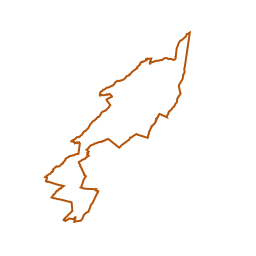 the district of Tepatlaxco de Hidalgo, Puebla, Mexico, rotated 53°
{"feature_id": "50627088B11175343650658", "entity_name": "Tepatlaxco de Hidalgo", "entity_type": "district", "adm_level": 2, "iso_a3": "MEX", "parent_name": "Mexico", "parent_adm1": "Puebla", "projection": "robinson", "projection_center": [-98.003, 19.146], "detail": "fine", "context": "isolated", "style": "outline", "palette": "amber", "viewbox_px": 256, "rotation_deg": 53, "n_neighbors": 0, "source": "geoboundaries", "source_scale": "gbopen_adm2", "svg_char_len": 5889}
<svg xmlns="http://www.w3.org/2000/svg" viewBox="0 0 256 256"><g transform="rotate(53 128 128)"><path d="M132.1,65.2L130.0,64.5L125.0,62.1L124.0,60.6L123.3,58.7L122.8,57.8L122.0,55.4L120.3,53.2L118.7,52.1L118.5,50.8L117.7,49.7L117.2,48.9L114.8,47.7L113.2,45.7L89.0,21.2L88.7,24.0L88.4,24.7L89.2,25.6L89.7,27.0L90.1,31.3L90.1,32.3L89.7,33.8L90.5,36.0L90.9,36.9L92.2,38.4L92.6,39.4L93.9,41.4L99.5,46.7L99.7,47.2L100.3,47.3L100.5,47.7L101.1,48.1L101.5,49.4L101.1,50.6L99.8,51.5L99.3,51.6L98.7,52.1L97.7,53.4L97.3,54.2L95.6,54.9L95.1,55.3L94.5,56.3L94.2,57.2L94.2,59.0L94.3,59.5L94.0,60.1L93.1,61.5L93.1,62.2L92.6,63.1L91.1,65.4L90.7,66.8L90.7,67.5L90.3,68.6L89.6,69.2L89.5,70.2L90.0,71.3L90.0,71.7L89.7,71.8L89.3,71.6L88.1,70.1L86.8,67.8L86.6,67.6L86.4,68.0L86.6,68.6L85.7,68.8L85.0,70.2L84.3,70.5L84.1,71.3L83.8,71.5L83.7,71.9L83.7,72.1L84.1,72.4L84.9,72.4L84.7,73.8L84.4,75.1L84.0,75.8L84.1,76.3L83.7,76.6L83.8,76.8L83.6,77.4L83.6,77.7L83.5,77.8L83.4,78.5L83.5,79.1L84.1,79.5L84.6,80.3L84.5,80.5L84.6,80.9L84.6,81.2L84.8,82.1L84.8,83.0L84.9,83.9L85.3,84.7L85.7,84.7L85.6,90.9L86.5,94.4L86.1,94.8L86.6,95.4L86.2,96.5L86.0,97.5L85.7,98.1L86.5,99.8L86.6,101.0L86.5,103.1L85.6,105.6L85.4,106.4L85.0,106.9L84.4,107.3L84.1,107.9L83.9,109.1L83.8,109.9L84.0,110.5L84.1,111.7L84.4,112.0L84.7,112.7L85.0,114.7L84.9,115.1L84.5,115.5L84.2,117.4L84.2,118.1L84.1,118.8L83.4,119.9L83.2,120.5L83.0,121.8L83.1,123.6L82.6,124.6L82.5,125.0L82.9,125.9L82.9,126.5L82.6,128.1L83.0,128.5L83.1,128.8L83.4,129.2L84.4,130.3L84.6,130.7L85.2,130.9L85.5,130.2L85.9,128.7L86.8,128.3L87.4,127.5L87.9,126.5L88.2,125.0L88.4,124.5L88.7,124.2L89.1,124.4L89.2,124.2L89.8,122.1L93.1,121.7L93.3,121.8L93.3,122.5L92.4,126.7L92.3,127.9L93.8,128.4L95.2,128.3L99.1,128.4L99.4,129.6L99.8,130.3L100.2,132.4L100.3,134.2L100.6,135.1L100.5,135.7L100.2,136.4L100.0,137.7L99.6,138.6L100.0,140.5L101.0,142.4L101.5,144.1L101.6,144.7L101.0,145.6L101.1,146.3L101.6,147.8L101.5,148.5L101.7,149.3L101.7,150.6L101.5,152.0L102.4,155.9L104.3,160.1L104.4,161.4L104.8,163.6L104.6,163.8L104.4,165.1L104.7,166.8L105.1,167.5L105.4,167.8L105.4,168.4L105.7,169.2L105.6,169.6L105.6,170.4L105.9,171.9L105.6,172.9L105.0,173.3L104.8,173.7L104.6,175.0L104.9,175.9L104.8,176.8L104.9,178.2L104.7,178.7L104.5,179.9L104.5,180.5L104.3,180.9L104.6,181.2L104.7,180.9L105.5,180.2L106.2,180.0L106.4,179.5L108.3,179.7L108.5,177.8L109.1,177.7L109.1,177.4L109.6,177.5L109.9,175.7L111.3,175.7L118.8,183.1L118.4,183.7L118.3,184.2L118.1,184.5L117.8,184.8L117.8,185.0L117.6,185.2L117.1,187.9L116.7,188.4L116.7,188.9L116.2,189.5L115.7,190.9L115.4,191.2L115.5,192.5L115.5,192.8L115.3,193.0L115.2,193.4L115.3,194.4L114.9,195.8L115.0,196.2L115.4,197.0L115.7,197.1L115.8,197.3L116.3,199.0L116.5,200.5L117.1,201.3L117.1,201.8L116.8,202.3L117.0,202.8L116.9,203.4L117.3,204.9L117.3,205.2L116.8,207.1L115.9,207.8L115.9,208.0L115.7,208.2L115.9,208.4L115.6,209.4L115.6,209.9L115.7,210.2L116.0,211.8L115.9,212.5L116.4,213.4L117.1,213.4L117.6,214.5L117.5,215.0L117.1,215.5L117.4,216.6L117.7,217.1L117.8,217.7L117.4,218.6L117.3,219.7L117.4,221.6L117.2,222.8L117.3,223.7L119.0,222.6L121.2,225.6L122.5,224.7L122.3,224.4L130.5,218.6L135.6,214.3L135.6,215.7L135.4,216.1L135.7,217.0L136.0,217.6L136.0,218.1L135.8,218.4L135.6,218.3L135.3,218.5L135.2,218.7L135.3,220.3L135.7,220.7L135.7,221.1L135.8,221.7L135.7,222.1L135.4,222.4L135.3,223.0L136.3,225.3L136.5,227.0L136.3,227.6L136.9,228.3L136.8,228.7L137.1,229.5L137.3,229.7L137.5,230.8L139.2,229.7L140.8,228.1L142.3,227.2L143.2,226.0L153.4,217.8L159.3,221.4L160.8,222.5L161.5,228.5L161.9,230.2L162.1,232.8L162.4,234.1L162.6,234.6L162.8,234.8L163.3,234.3L163.4,233.6L163.7,233.7L164.1,234.1L164.5,234.1L164.6,233.9L164.7,232.3L165.0,231.3L164.8,229.9L164.8,229.6L165.7,228.6L165.9,228.6L166.1,228.5L166.8,227.3L167.6,226.9L167.7,226.6L167.9,226.2L167.9,225.5L167.2,223.0L170.6,227.3L170.8,226.9L171.0,226.2L171.8,224.8L173.2,222.3L173.4,222.1L173.5,221.8L173.4,220.6L172.9,218.8L171.5,216.7L171.0,215.5L170.7,214.5L170.6,212.1L170.9,210.9L171.0,209.8L169.9,208.4L169.6,207.5L169.0,206.6L167.6,204.8L167.1,203.7L166.4,201.1L161.3,191.4L161.5,191.1L160.5,189.8L158.5,191.3L157.8,190.1L154.7,194.0L151.1,198.3L149.6,199.7L147.1,201.5L147.1,201.2L146.8,200.6L143.9,196.2L142.7,194.7L141.2,190.6L139.0,191.2L138.9,190.9L138.4,190.7L133.9,189.7L133.3,189.8L133.0,189.5L131.9,189.3L130.8,189.1L129.7,189.2L129.6,188.9L128.8,188.4L127.8,188.5L125.6,187.9L125.6,187.4L125.9,185.3L126.0,183.0L126.7,181.3L126.7,180.3L126.4,179.9L126.4,179.6L126.3,179.3L126.5,178.4L126.1,177.6L126.3,177.3L125.9,177.1L126.0,176.5L126.2,176.2L124.6,176.4L124.6,176.2L124.4,175.3L123.4,175.4L123.4,174.3L123.3,173.6L120.4,174.2L120.5,172.3L120.2,171.8L120.2,170.9L119.8,170.4L119.6,169.9L119.6,169.6L119.7,169.0L119.5,168.1L120.4,165.3L120.5,164.6L120.3,163.8L121.0,162.8L121.3,161.6L121.3,161.1L121.7,160.4L121.7,159.9L121.9,159.4L123.4,156.9L123.0,156.4L123.2,155.8L123.8,154.9L124.0,152.7L124.4,151.8L124.5,151.8L124.6,151.2L124.8,150.8L124.8,150.4L127.3,149.7L138.4,146.9L138.5,146.5L138.2,145.8L138.3,145.6L137.9,143.3L138.0,133.7L136.9,132.1L137.6,131.1L137.6,127.3L138.0,124.8L139.5,124.1L147.7,118.2L147.2,117.3L147.0,117.2L145.6,115.9L145.3,114.8L144.3,114.2L144.1,114.0L143.4,112.7L143.0,111.6L142.2,110.5L141.6,109.1L141.4,108.8L140.9,108.5L140.8,108.3L140.9,107.0L140.7,106.9L140.8,106.2L140.6,105.8L140.6,105.0L140.4,104.7L140.4,103.5L140.0,103.0L139.8,102.4L139.3,102.0L139.3,101.5L138.7,101.3L138.5,100.9L138.5,100.1L138.2,99.7L137.6,99.8L137.6,98.7L137.3,98.4L137.3,97.5L136.9,97.2L136.7,96.9L136.8,96.5L136.4,96.1L136.0,95.4L135.7,94.4L142.9,90.4L142.0,90.1L141.7,89.8L141.5,88.5L140.2,86.3L139.9,86.2L139.7,85.7L139.5,85.4L139.6,84.4L139.5,83.6L139.4,82.4L138.6,79.6L138.5,78.1L137.9,76.6L137.1,75.3L137.0,74.1L136.6,73.0L135.8,72.3L134.6,71.5L134.3,71.0L133.6,69.0L133.1,68.7L133.0,67.3L132.1,65.2Z" fill="none" stroke="#b45309" stroke-width="2"/></g></svg>